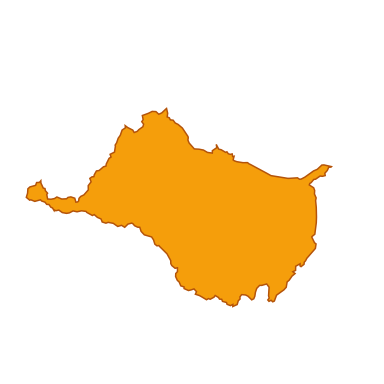 Orocovis, Puerto Rico (orthographic projection), rotated 37°
{"feature_id": "32010507B68011232458605", "entity_name": "Orocovis", "entity_type": "district", "adm_level": 2, "iso_a3": "PRI", "parent_name": "Puerto Rico", "parent_adm1": "", "projection": "orthographic", "projection_center": [-66.447, 18.221], "detail": "fine", "context": "isolated", "style": "filled", "palette": "amber", "viewbox_px": 384, "rotation_deg": 37, "n_neighbors": 0, "source": "geoboundaries", "source_scale": "gbopen_adm2", "svg_char_len": 3386}
<svg xmlns="http://www.w3.org/2000/svg" viewBox="0 0 384 384"><g transform="rotate(37 192 192)"><path d="M64.5,274.0L64.4,276.1L62.2,278.0L63.1,280.8L59.5,285.5L59.0,288.2L61.4,291.9L62.9,296.0L67.3,296.2L68.0,295.2L72.1,294.1L75.7,289.4L77.3,289.7L80.7,288.6L83.4,289.3L85.3,288.1L88.4,289.1L90.2,288.7L93.2,289.9L93.0,289.2L94.5,288.9L96.5,286.6L100.8,286.5L104.6,284.6L106.6,282.5L108.4,278.7L112.1,277.0L115.1,273.5L119.0,271.3L120.4,271.6L126.6,270.7L127.5,268.9L131.7,269.2L135.5,268.3L137.1,269.2L138.3,270.0L142.0,268.7L143.3,266.7L148.0,264.4L153.4,264.2L155.8,261.0L159.5,260.7L160.2,256.1L162.6,253.1L164.0,252.9L166.4,253.5L169.8,252.8L171.5,251.6L175.1,254.1L179.7,254.9L186.8,252.2L190.1,253.4L193.7,256.0L196.4,256.1L197.8,254.7L198.8,255.0L209.2,256.4L216.3,259.6L218.2,262.0L220.2,262.9L224.4,263.1L226.0,261.3L228.3,264.3L228.1,266.9L229.8,269.4L233.5,271.4L235.9,271.6L239.5,273.7L242.8,272.6L243.8,273.9L248.5,272.8L250.3,270.6L251.9,268.2L255.6,268.9L256.2,271.6L260.4,270.2L263.6,269.8L268.4,269.3L269.3,267.2L271.1,266.7L272.9,262.7L272.8,260.7L276.7,260.3L278.4,261.0L280.3,259.8L282.2,261.0L286.0,259.5L287.6,260.6L291.1,259.6L292.3,257.2L293.5,258.9L295.8,254.7L294.4,251.0L294.8,248.6L293.4,246.9L293.4,244.1L296.7,242.0L299.4,241.5L304.6,242.2L305.6,240.1L304.9,237.4L303.0,233.9L301.7,230.0L302.2,225.9L303.9,224.6L307.0,220.5L310.9,221.7L315.6,228.8L317.5,230.3L317.5,232.6L319.3,233.0L320.3,230.9L322.6,231.1L323.4,229.5L321.6,223.5L324.3,214.8L324.6,211.4L322.1,206.6L322.7,204.0L322.5,198.9L323.4,195.1L320.5,195.0L321.9,192.3L319.5,188.9L321.5,184.3L322.7,186.0L324.0,186.0L325.0,182.4L323.9,180.5L324.1,178.6L323.6,175.9L324.5,162.8L322.3,158.8L320.4,158.8L315.9,156.5L314.8,155.9L314.6,155.5L315.5,151.8L309.8,141.8L306.5,137.1L300.5,129.5L295.9,124.5L294.7,122.0L291.0,119.9L289.0,116.9L286.6,115.4L281.4,115.8L280.9,114.3L281.5,112.9L281.7,108.7L283.0,107.4L284.7,102.2L286.8,100.9L288.5,98.7L286.8,97.1L287.1,93.4L286.3,89.9L288.0,88.5L288.1,87.8L281.2,90.9L279.5,92.3L278.4,98.5L276.4,102.0L273.2,112.2L271.4,116.0L270.2,117.1L267.7,117.2L261.3,122.7L260.4,123.4L245.2,131.4L241.4,131.9L221.8,134.9L220.9,135.2L219.6,135.1L218.6,135.2L214.9,138.0L209.6,140.8L207.0,141.6L205.5,141.6L204.1,138.1L203.1,139.2L201.2,137.4L199.8,139.0L197.9,139.6L195.7,138.9L195.0,140.1L189.8,140.7L187.6,141.7L182.7,139.4L185.1,141.6L183.4,146.8L184.3,147.9L184.8,148.7L180.5,151.1L175.9,151.6L172.0,153.5L167.9,156.2L160.2,154.6L157.5,153.0L156.4,151.0L155.4,150.1L145.8,146.7L140.1,146.4L137.1,147.0L133.7,146.0L131.3,147.4L129.2,146.4L127.0,147.0L125.2,143.8L121.4,140.6L121.2,141.4L120.3,146.9L118.7,149.9L114.8,149.5L111.7,151.6L109.8,155.4L106.3,160.8L109.4,163.6L109.6,166.1L112.5,166.9L113.5,169.4L112.0,174.2L111.8,176.5L110.0,179.3L107.4,178.2L102.0,179.2L98.7,179.2L100.2,180.8L98.9,184.6L100.6,189.9L100.7,193.5L102.2,198.1L102.4,200.8L103.3,201.6L106.1,206.8L103.9,211.2L106.3,212.8L105.5,215.1L106.7,221.3L107.7,223.0L106.1,225.2L104.9,230.7L103.0,232.7L103.6,237.1L104.4,238.8L103.0,240.1L102.2,242.6L105.3,244.6L105.3,249.4L107.9,252.7L107.4,259.4L105.8,262.5L105.6,265.1L106.8,267.3L106.7,268.7L105.4,270.0L102.1,267.5L98.2,268.8L96.2,271.0L95.9,272.9L92.2,276.0L87.1,277.3L86.1,280.0L83.8,282.6L80.9,284.5L77.5,281.4L77.4,279.9L74.1,279.2L72.5,277.7L70.9,278.4L66.0,275.8L64.5,274.0Z" fill="#f59e0b" stroke="#b45309" stroke-width="1.5"/></g></svg>